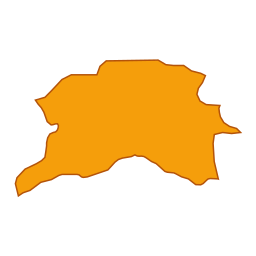 map outline of Nwoya (Mercator projection)
{"feature_id": "UGA-5625", "entity_name": "Nwoya", "entity_type": "District", "adm_level": 1, "iso_a3": "UGA", "parent_name": "Uganda", "parent_adm1": "", "projection": "mercator", "projection_center": [31.834, 2.49], "detail": "fine", "context": "isolated", "style": "filled", "palette": "amber", "viewbox_px": 256, "rotation_deg": 0, "n_neighbors": 0, "source": "natural_earth", "source_scale": "10m", "svg_char_len": 1248}
<svg xmlns="http://www.w3.org/2000/svg" viewBox="0 0 256 256"><path d="M240.6,132.5L231.6,133.5L222.6,132.5L214.3,134.5L213.1,143.4L214.2,161.5L218.3,179.0L218.0,178.9L210.3,178.5L208.2,178.9L206.7,180.1L203.2,183.5L200.7,184.8L195.7,184.6L188.4,178.9L181.5,176.8L176.1,173.9L173.9,172.9L167.2,172.2L164.9,171.4L156.2,163.6L151.5,161.5L146.2,157.8L143.9,156.5L141.4,156.1L139.2,156.2L137.2,156.0L134.9,154.9L131.3,156.6L122.4,158.1L118.4,159.5L115.0,162.1L107.9,169.9L87.3,176.9L83.2,177.4L81.5,176.9L79.1,174.9L77.1,174.4L62.1,174.4L58.9,175.4L51.4,179.6L40.8,182.3L30.0,190.4L24.1,192.4L22.7,193.0L18.4,195.9L15.4,183.6L17.0,177.7L25.1,169.1L36.4,163.7L41.5,160.7L44.9,157.4L45.8,151.8L46.6,145.9L46.6,142.8L47.7,137.8L49.9,134.0L53.2,132.5L55.6,131.9L57.2,130.3L58.1,128.1L58.4,125.6L57.5,123.8L55.4,123.9L52.9,124.7L51.1,124.9L47.2,121.6L43.9,112.2L41.3,107.7L38.2,104.2L35.4,100.1L45.0,97.3L51.9,90.3L62.0,79.5L71.3,74.8L96.9,74.8L100.0,66.3L106.2,60.9L158.1,60.1L165.9,64.7L173.6,65.5L183.7,65.5L191.4,70.9L200.7,73.3L205.4,75.6L202.5,82.5L198.4,88.2L196.9,94.3L200.0,101.0L206.1,104.6L219.9,105.5L218.9,108.2L219.4,112.6L220.4,116.9L223.8,122.6L229.5,126.4L236.6,128.5L240.6,132.5Z" fill="#f59e0b" stroke="#b45309" stroke-width="1.5"/></svg>